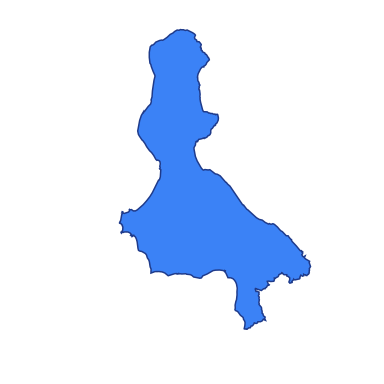 outline of Calabria, Catanzaro, Italy, rotated 150°
{"feature_id": "23120603B55310757134450", "entity_name": "Calabria", "entity_type": "district", "adm_level": 2, "iso_a3": "ITA", "parent_name": "Italy", "parent_adm1": "Catanzaro", "projection": "orthographic", "projection_center": [16.268, 39.03], "detail": "fine", "context": "isolated", "style": "filled", "palette": "blue", "viewbox_px": 384, "rotation_deg": 150, "n_neighbors": 0, "source": "geoboundaries", "source_scale": "gbopen_adm2", "svg_char_len": 5965}
<svg xmlns="http://www.w3.org/2000/svg" viewBox="0 0 384 384"><g transform="rotate(150 192 192)"><path d="M124.8,73.2L127.1,77.2L127.6,79.0L127.4,79.9L128.0,80.2L128.4,81.3L128.1,83.0L127.1,83.2L126.0,84.9L126.2,85.3L126.9,85.4L126.6,86.0L126.7,86.6L127.5,86.9L127.7,87.5L128.6,93.0L130.0,98.9L130.0,100.5L129.6,101.1L130.1,101.6L130.6,104.6L130.6,105.9L132.3,107.1L133.6,112.6L134.3,113.6L134.9,115.5L135.5,118.9L136.8,122.7L137.8,124.1L139.8,124.5L140.8,126.0L141.3,126.3L140.9,125.8L141.8,126.0L143.9,129.2L145.2,132.5L147.5,134.7L149.1,137.6L152.6,148.7L153.2,149.7L153.8,154.5L154.0,154.4L154.6,156.3L156.2,178.2L157.2,181.0L157.5,183.2L157.9,183.5L159.5,191.8L161.1,194.6L162.8,196.1L165.4,202.4L167.0,203.0L169.6,205.0L171.0,205.2L171.6,206.0L172.0,208.4L172.0,216.3L171.3,221.1L168.7,228.4L168.0,229.5L165.5,231.0L164.7,232.3L163.4,233.3L162.8,233.5L162.6,233.2L162.4,233.0L162.8,233.6L161.9,233.6L162.5,232.5L160.0,234.2L156.8,233.2L155.1,233.0L154.8,232.3L154.0,232.6L153.5,232.1L151.4,232.1L149.7,232.8L149.2,232.5L147.7,232.7L146.2,233.8L145.1,235.8L143.8,236.9L142.6,236.9L139.8,238.3L139.3,238.1L139.1,238.4L138.9,238.3L139.3,237.9L138.5,238.4L138.2,238.2L137.2,239.2L135.9,239.3L133.4,241.1L132.1,242.9L131.1,245.9L131.1,246.5L132.2,246.9L132.4,247.4L133.1,247.3L133.5,248.2L134.5,248.7L135.3,250.0L136.6,250.6L137.1,251.5L138.0,252.0L138.8,253.8L141.7,255.7L141.9,256.6L141.7,258.0L139.7,265.4L138.5,268.7L137.8,269.5L137.6,270.5L136.1,272.6L134.6,276.2L134.5,276.8L134.8,277.1L134.3,278.2L133.6,278.6L133.3,279.5L132.5,280.2L132.0,280.3L131.6,281.2L131.9,282.0L131.5,282.4L131.2,283.8L131.3,285.5L129.9,288.2L129.9,288.7L129.6,288.8L129.3,289.5L127.5,291.4L122.8,294.5L120.8,295.1L119.5,294.8L119.3,294.4L118.5,295.2L117.9,295.0L116.8,295.2L115.5,295.8L114.5,296.7L110.9,297.8L110.6,298.9L110.7,299.8L110.4,299.5L110.7,300.5L110.8,303.9L111.5,304.5L111.4,306.1L112.9,308.3L112.5,309.5L113.1,310.4L112.5,311.3L112.4,312.5L112.2,312.3L112.3,311.5L112.1,311.9L112.1,313.4L110.3,315.0L110.3,316.2L110.7,318.5L112.5,319.8L112.1,321.3L113.0,323.3L112.5,324.7L110.6,326.1L110.8,327.5L111.8,329.6L115.2,334.7L117.1,335.3L118.3,336.8L119.6,337.5L120.9,338.5L122.3,338.5L123.9,339.7L126.8,339.7L129.1,339.2L132.0,339.4L136.2,338.4L140.5,338.0L141.8,338.2L142.2,338.7L144.2,339.4L148.4,339.9L151.1,339.0L152.7,338.9L153.5,339.3L155.6,338.6L159.1,334.4L161.7,329.9L164.0,324.6L163.9,323.0L164.5,321.1L165.4,315.7L165.8,311.7L166.2,310.7L169.0,307.8L175.6,299.5L179.1,294.3L181.3,292.3L181.2,292.2L182.1,290.5L184.0,288.8L187.1,288.0L192.9,285.5L193.9,285.5L194.4,285.0L194.5,285.2L194.1,285.3L193.9,285.7L197.5,283.7L201.5,280.2L208.5,272.0L209.6,268.7L209.6,266.4L209.3,262.0L208.9,261.2L208.5,257.6L208.6,253.8L208.1,249.0L207.3,246.4L206.9,242.9L207.0,238.4L206.6,237.0L205.9,236.9L204.7,235.4L204.6,234.3L205.4,232.2L207.1,230.3L207.1,229.4L207.6,228.8L208.2,228.7L208.1,228.2L208.4,227.9L207.9,226.9L211.9,220.9L213.9,219.1L214.6,218.8L214.9,219.0L214.6,219.2L214.9,219.1L226.6,211.3L230.7,209.1L235.9,207.0L240.7,205.4L248.2,203.9L250.4,203.9L252.3,205.0L253.2,207.0L254.6,207.6L254.8,208.2L255.6,207.9L255.2,207.9L255.7,206.8L257.1,206.4L261.3,207.3L262.2,208.1L261.8,209.4L262.3,209.9L262.6,209.6L262.4,209.0L263.0,208.9L262.8,208.7L263.0,208.3L264.2,207.5L267.9,203.1L268.9,202.5L269.0,202.1L269.3,202.2L269.7,201.6L270.0,201.7L270.3,201.2L269.1,199.6L269.2,198.5L268.9,198.1L269.3,197.4L269.4,196.2L271.1,193.6L271.9,193.2L271.9,192.8L273.6,192.7L273.7,191.7L272.9,192.0L271.9,191.4L270.3,191.1L267.5,189.4L266.3,187.8L265.9,186.5L265.8,185.6L266.4,185.2L266.4,184.7L266.5,185.3L266.7,185.0L266.3,184.0L265.4,182.8L266.4,184.5L265.8,184.3L265.9,184.0L265.4,184.3L264.5,183.8L265.4,183.3L264.2,183.6L263.5,181.3L263.7,179.0L264.4,176.3L267.0,170.1L267.5,168.2L266.8,167.0L265.2,165.6L263.1,162.0L262.9,160.2L263.6,157.2L263.4,154.8L263.8,152.9L265.7,148.0L266.0,145.7L268.1,142.3L263.9,141.6L260.3,139.6L257.8,137.7L256.0,135.4L254.5,131.4L247.8,129.9L246.2,129.1L246.1,128.6L245.7,128.5L246.0,128.4L246.3,128.6L243.1,127.1L241.8,126.1L238.2,124.3L237.8,123.5L234.8,121.3L233.8,119.8L233.1,117.6L228.3,113.4L226.8,112.9L224.5,114.0L219.9,113.4L213.1,113.4L210.8,112.6L207.2,110.7L204.4,108.5L203.5,107.2L203.6,106.8L203.2,107.3L203.6,108.2L203.2,107.8L203.2,108.4L203.0,107.6L202.5,107.1L203.0,106.5L203.5,106.6L203.2,104.7L203.7,99.8L201.2,98.2L199.8,96.3L199.3,94.3L199.2,92.1L199.5,90.0L200.9,86.1L202.9,83.2L204.5,80.3L207.3,76.5L208.9,75.1L211.2,72.5L212.7,69.6L213.5,68.9L213.7,67.7L212.6,66.3L212.1,65.1L211.7,61.0L210.6,58.3L210.5,57.5L211.1,55.8L210.9,54.5L211.3,52.4L213.0,49.9L215.2,47.5L214.6,46.7L213.6,46.5L213.4,45.9L212.8,45.6L211.0,46.0L209.3,45.3L207.9,46.4L206.8,45.9L206.0,46.1L204.7,46.6L203.5,47.5L202.3,46.1L200.8,45.9L199.9,46.7L197.5,45.4L195.6,45.3L193.8,46.2L193.3,45.1L192.5,44.1L192.3,46.1L191.2,47.1L192.0,49.0L191.5,51.2L191.9,51.9L191.0,53.5L190.5,54.9L190.6,55.5L189.8,56.6L189.6,57.6L190.2,61.0L189.6,61.7L189.4,62.8L187.5,65.1L187.4,66.1L186.3,67.4L186.5,68.5L186.1,69.3L185.0,69.9L184.6,71.3L184.0,71.7L185.1,73.2L186.3,73.9L185.8,76.3L185.3,76.7L184.4,75.9L184.3,75.0L183.6,74.8L181.2,72.0L178.4,72.4L177.0,71.7L176.6,72.2L175.2,72.2L173.3,73.3L172.1,72.8L171.5,73.0L172.0,74.2L171.5,77.0L170.1,76.5L168.6,75.1L165.8,73.8L164.6,74.7L163.7,76.3L163.0,75.5L161.8,75.8L160.1,75.6L158.9,76.1L158.0,77.0L155.2,76.7L154.6,77.2L154.2,76.5L154.0,74.9L153.5,74.3L151.3,73.0L151.9,71.9L150.9,70.7L150.3,68.8L151.7,66.5L152.4,66.3L153.1,65.5L152.8,64.1L150.5,63.6L150.2,64.0L150.3,64.6L148.6,65.2L147.9,65.0L147.5,65.5L147.4,64.9L146.5,64.3L142.3,63.0L141.8,63.2L141.5,64.0L140.8,64.3L140.6,64.8L139.3,65.6L138.5,63.9L137.1,63.6L136.4,64.9L135.9,64.0L135.1,63.5L135.1,62.8L134.3,62.2L133.1,62.8L132.6,62.5L131.4,62.9L131.2,63.5L130.5,63.9L130.0,65.1L129.3,65.5L128.8,66.9L126.6,68.2L125.8,72.3L124.8,73.2ZM126.6,79.6L126.0,80.1L127.2,80.1L127.2,79.7L126.6,79.6Z" fill="#3b82f6" stroke="#1e3a8a" stroke-width="1.5"/></g></svg>